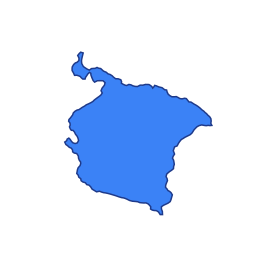 Vila Pavão, Espírito Santo, Brazil, rotated 50°
{"feature_id": "56859067B60026023213016", "entity_name": "Vila Pavão", "entity_type": "district", "adm_level": 2, "iso_a3": "BRA", "parent_name": "Brazil", "parent_adm1": "Espírito Santo", "projection": "albers", "projection_center": [-40.648, -18.607], "detail": "fine", "context": "isolated", "style": "filled", "palette": "blue", "viewbox_px": 256, "rotation_deg": 50, "n_neighbors": 0, "source": "geoboundaries", "source_scale": "gbopen_adm2", "svg_char_len": 3251}
<svg xmlns="http://www.w3.org/2000/svg" viewBox="0 0 256 256"><g transform="rotate(50 128 128)"><path d="M98.1,185.5L100.7,186.2L102.6,185.7L105.0,185.4L107.1,184.4L109.1,184.6L110.7,185.7L112.6,185.3L114.6,183.7L117.4,184.0L119.5,185.4L121.7,186.1L123.4,186.1L124.8,187.0L126.0,188.9L126.4,191.7L127.5,193.6L128.7,195.0L129.9,196.5L132.2,196.5L134.0,197.3L136.5,196.8L138.2,197.8L140.3,197.3L142.6,195.8L144.8,196.0L146.7,194.6L149.0,194.4L151.7,194.8L154.4,193.9L156.7,193.1L158.1,190.5L160.3,189.3L161.8,188.3L163.2,187.0L165.0,185.6L167.4,183.9L169.4,182.6L172.0,180.9L174.9,179.2L177.3,177.6L178.6,176.4L180.0,175.5L181.9,174.5L184.5,173.4L186.9,171.7L189.2,169.4L190.8,167.9L192.8,166.9L194.3,165.4L195.6,164.1L196.9,162.4L198.9,161.4L200.6,161.2L202.9,161.2L204.6,162.8L206.4,162.2L207.9,161.1L209.5,159.4L211.9,158.6L215.0,159.0L216.5,157.2L214.0,155.3L211.6,154.5L209.8,153.0L210.0,150.6L210.5,148.7L211.3,145.7L211.5,143.0L210.5,141.1L209.2,139.2L207.7,137.0L205.2,136.6L203.2,136.9L201.6,137.6L199.7,137.3L197.6,137.4L195.9,135.7L194.7,133.6L193.7,131.6L191.9,130.6L189.7,130.1L188.2,128.0L188.1,126.3L188.1,124.1L188.4,121.8L188.4,119.3L186.9,117.9L185.6,115.9L183.8,114.8L182.0,113.8L179.7,113.3L178.7,111.6L177.9,109.1L174.5,107.9L172.4,104.5L173.3,101.9L172.1,99.0L171.6,97.2L171.1,94.6L171.5,92.2L171.7,90.4L172.3,87.9L173.1,84.6L173.0,82.2L172.4,80.3L171.8,78.4L171.6,76.5L171.4,74.6L171.8,72.2L173.0,69.6L175.1,67.9L176.5,66.6L177.5,64.9L178.8,63.7L179.9,62.1L177.7,61.6L176.1,59.8L174.1,58.5L171.8,58.2L169.5,58.6L167.4,58.6L165.8,59.0L163.9,59.1L161.6,59.7L158.9,60.0L156.2,60.6L154.2,61.2L152.5,61.9L150.6,62.5L148.6,63.1L147.3,64.5L145.4,64.5L143.0,64.4L141.6,65.5L140.4,67.9L138.8,69.3L136.9,70.0L135.0,70.8L133.9,72.4L132.3,74.3L130.2,75.1L128.0,75.5L125.6,74.9L123.7,74.0L122.3,75.3L119.0,76.0L116.3,78.0L113.9,79.2L112.5,80.2L113.1,81.7L113.3,83.4L111.7,83.1L110.0,83.4L108.2,84.0L107.0,85.3L105.8,86.7L104.8,89.0L103.0,91.1L102.3,94.1L100.6,95.9L98.7,97.2L96.8,98.0L95.2,99.3L94.6,101.7L93.3,102.7L91.6,103.5L89.5,104.3L88.3,103.1L86.4,102.5L84.0,103.9L82.3,105.8L79.8,106.4L77.7,106.6L75.5,107.3L73.7,108.5L71.4,108.8L68.7,110.2L64.9,110.7L63.3,112.1L61.7,112.8L61.2,114.8L60.2,116.1L59.0,117.8L58.8,120.4L56.7,121.4L54.8,122.0L52.2,122.7L48.9,122.0L46.7,120.5L45.4,119.1L43.6,116.7L41.7,114.1L39.5,115.5L39.6,117.4L40.1,119.9L42.9,120.6L44.8,122.3L44.9,124.9L44.3,126.5L44.4,128.8L45.4,131.5L46.7,132.8L48.1,133.9L50.9,134.4L53.3,135.1L54.7,133.3L56.4,132.2L57.8,131.5L59.5,131.5L61.4,131.2L62.9,129.4L61.9,127.9L61.4,126.0L60.8,124.1L60.6,121.8L62.2,121.3L63.5,122.3L66.2,123.3L69.2,124.2L71.4,124.1L72.1,121.1L73.8,119.0L75.7,116.8L78.5,116.4L80.1,118.6L80.4,120.3L80.8,122.2L82.1,124.7L84.6,125.2L85.3,127.4L85.3,129.6L85.1,131.9L85.0,133.8L84.9,135.8L85.1,137.6L84.8,139.9L84.1,142.8L83.4,145.1L83.3,147.2L82.8,149.6L82.6,151.8L82.4,153.7L81.5,155.5L81.1,157.9L81.3,160.2L82.4,162.0L82.9,164.1L83.3,165.9L83.5,167.7L84.6,169.1L87.0,169.3L88.6,170.4L89.5,172.1L91.7,172.8L93.3,172.9L94.6,171.6L96.7,171.6L98.9,172.2L101.8,172.3L104.0,173.0L105.9,174.0L106.8,176.5L105.9,178.5L104.0,179.7L101.9,179.9L99.5,179.6L97.7,179.8L97.4,181.8L98.3,183.1L98.1,185.5Z" fill="#3b82f6" stroke="#1e3a8a" stroke-width="1.5"/></g></svg>